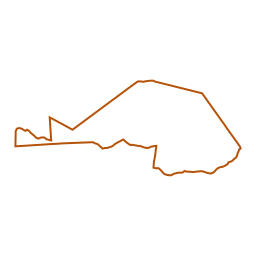 Morrinhos, Ceará, Brazil (orthographic projection)
{"feature_id": "56859067B53703950376304", "entity_name": "Morrinhos", "entity_type": "district", "adm_level": 2, "iso_a3": "BRA", "parent_name": "Brazil", "parent_adm1": "Ceará", "projection": "orthographic", "projection_center": [-40.117, -3.283], "detail": "fine", "context": "isolated", "style": "outline", "palette": "amber", "viewbox_px": 256, "rotation_deg": 0, "n_neighbors": 0, "source": "geoboundaries", "source_scale": "gbopen_adm2", "svg_char_len": 1591}
<svg xmlns="http://www.w3.org/2000/svg" viewBox="0 0 256 256"><path d="M202.1,93.3L155.1,81.6L153.3,80.7L151.3,80.7L149.1,80.8L147.5,81.1L145.8,81.2L143.7,81.8L140.4,81.4L137.7,81.5L128.7,88.0L124.7,91.0L99.9,109.4L91.4,115.7L72.5,129.7L56.9,121.2L49.7,117.4L51.2,140.4L48.7,139.8L46.4,139.2L45.0,137.9L43.5,137.4L41.1,137.5L38.4,138.6L36.1,137.7L34.5,136.0L32.5,134.3L30.7,132.9L29.3,131.1L27.1,129.7L25.5,130.9L24.0,130.1L21.8,128.8L19.3,128.0L16.8,128.7L15.7,131.3L15.4,146.3L24.1,145.8L33.6,145.2L38.3,144.9L52.0,144.0L57.0,143.8L61.7,143.4L92.8,142.2L95.2,143.4L97.4,144.0L99.1,145.4L101.0,147.2L102.7,148.6L104.9,148.0L107.1,148.0L108.9,147.4L111.3,146.7L113.5,145.4L114.9,144.0L123.2,139.5L124.6,140.7L126.3,142.3L128.5,143.8L130.3,145.0L132.4,144.8L134.4,145.2L136.4,145.5L138.3,146.0L140.0,145.9L141.8,146.6L144.7,147.6L147.2,148.0L149.1,147.7L150.6,146.8L152.8,146.4L154.5,146.0L156.3,145.9L155.0,156.3L153.9,162.1L153.5,167.7L156.4,168.3L158.6,168.2L160.6,170.0L162.7,172.4L164.5,174.1L166.7,174.8L168.7,175.2L171.1,175.3L173.8,173.8L176.6,173.1L178.8,172.6L181.6,172.7L183.2,172.2L184.5,171.0L186.4,171.6L188.8,171.7L191.0,171.8L193.2,172.1L195.9,171.7L198.9,171.4L201.7,171.2L203.9,171.7L205.7,172.3L207.5,173.0L210.4,173.5L212.5,173.0L214.5,171.6L215.9,169.9L217.8,168.2L219.8,167.3L222.5,166.8L224.5,166.0L226.0,165.1L227.6,164.1L228.2,162.5L230.0,161.8L231.7,161.3L233.1,160.0L234.6,158.6L236.2,157.4L237.3,155.0L237.6,153.1L238.6,151.4L239.0,149.6L240.6,148.6L240.0,146.6L226.2,127.3L224.9,125.3L208.5,102.3L202.1,93.3Z" fill="none" stroke="#b45309" stroke-width="2"/></svg>